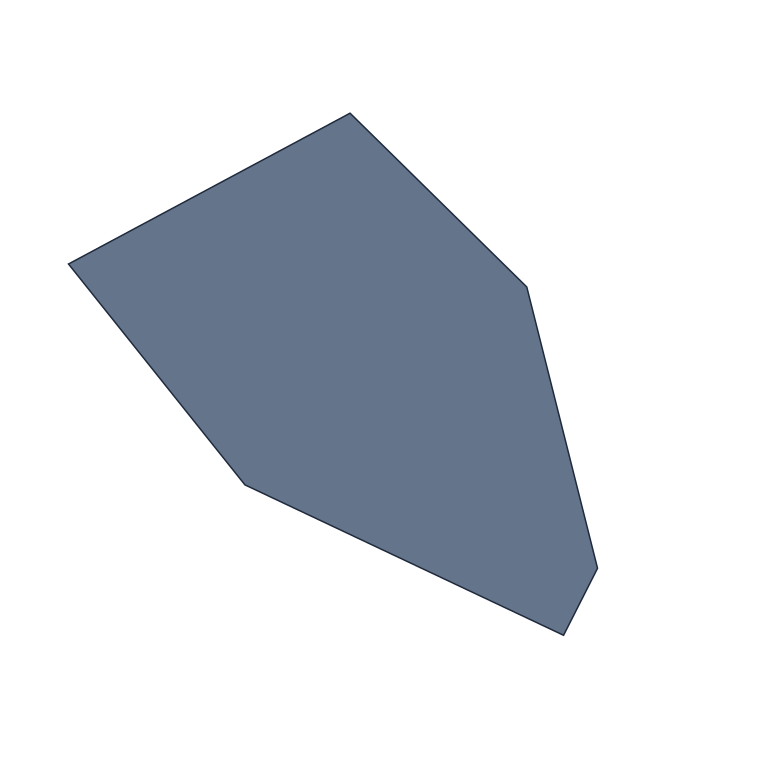 an SVG outline of Montserrat, rotated 136°
{"feature_id": "MSR", "entity_name": "Montserrat", "entity_type": "country or territory", "adm_level": 0, "iso_a3": "MSR", "parent_name": "North America", "parent_adm1": "", "projection": "orthographic", "projection_center": [-62.18, 16.745], "detail": "fine", "context": "isolated", "style": "filled", "palette": "slate", "viewbox_px": 768, "rotation_deg": 136, "n_neighbors": 0, "source": "natural_earth", "source_scale": "50m", "svg_char_len": 254}
<svg xmlns="http://www.w3.org/2000/svg" viewBox="0 0 768 768"><g transform="rotate(136 384 384)"><path d="M554.1,408.0L527.6,689.5L220.3,602.4L213.9,354.6L358.4,103.1L429.4,78.5L554.1,408.0Z" fill="#64748b" stroke="#1e293b" stroke-width="1.5"/></g></svg>